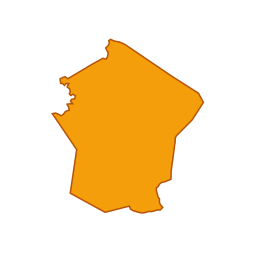 Santana dos Garrotes, Paraíba, Brazil, rotated 246°
{"feature_id": "56859067B10532449227644", "entity_name": "Santana dos Garrotes", "entity_type": "district", "adm_level": 2, "iso_a3": "BRA", "parent_name": "Brazil", "parent_adm1": "Paraíba", "projection": "albers", "projection_center": [-37.95, -7.392], "detail": "fine", "context": "isolated", "style": "filled", "palette": "amber", "viewbox_px": 256, "rotation_deg": 246, "n_neighbors": 0, "source": "geoboundaries", "source_scale": "gbopen_adm2", "svg_char_len": 1168}
<svg xmlns="http://www.w3.org/2000/svg" viewBox="0 0 256 256"><g transform="rotate(246 128 128)"><path d="M46.6,103.4L44.7,106.2L43.8,109.1L43.4,112.7L42.2,115.1L41.6,117.4L41.4,120.6L40.0,124.2L41.4,127.5L44.7,126.4L47.4,126.5L50.3,127.9L52.9,127.4L56.5,128.1L59.1,128.4L61.8,129.6L62.2,131.7L64.0,134.1L64.5,136.4L63.8,140.6L63.7,146.4L67.9,148.4L71.4,150.1L96.5,165.6L99.5,167.0L101.2,169.0L109.3,189.9L115.7,199.7L120.7,207.3L131.2,206.5L157.4,189.1L205.4,159.3L208.1,157.0L210.4,154.7L211.9,152.4L213.2,150.7L216.0,148.2L215.7,146.0L212.9,145.4L211.2,143.1L210.2,140.2L207.1,140.2L205.0,140.6L203.1,139.4L201.2,138.0L199.8,135.9L201.9,133.4L201.0,122.5L197.5,93.0L200.4,91.4L200.7,89.2L200.5,85.9L196.2,84.7L194.9,86.4L192.7,87.3L193.9,89.2L192.7,91.9L190.3,89.1L187.5,90.5L184.6,90.0L183.0,88.2L180.9,89.0L181.3,91.4L178.8,93.0L176.2,91.0L177.2,88.4L176.1,86.4L172.7,87.3L173.6,85.3L174.5,82.0L171.4,82.2L168.2,81.7L168.5,79.1L168.3,77.0L166.8,74.6L166.4,71.9L168.4,70.5L171.1,67.9L171.9,64.7L133.8,71.5L129.1,72.3L123.4,68.7L91.9,48.7L60.3,72.8L56.1,97.5L52.9,97.3L50.6,98.8L48.8,100.9L46.6,103.4Z" fill="#f59e0b" stroke="#b45309" stroke-width="1.5"/></g></svg>